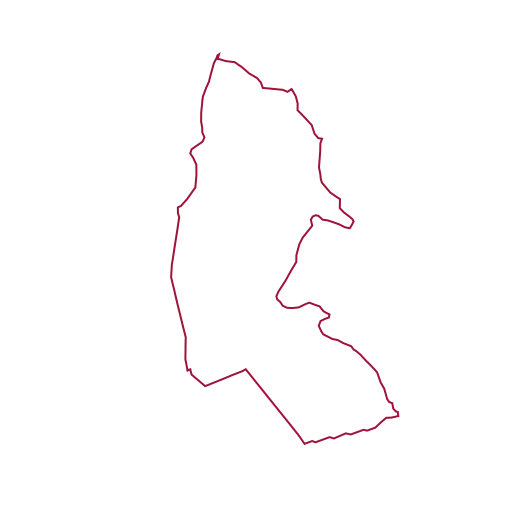 the district of Dilling, South Kordufan, Sudan, rotated 340°
{"feature_id": "16777658B83196806362289", "entity_name": "Dilling", "entity_type": "district", "adm_level": 2, "iso_a3": "SDN", "parent_name": "Sudan", "parent_adm1": "South Kordufan", "projection": "robinson", "projection_center": [29.551, 11.952], "detail": "fine", "context": "isolated", "style": "outline", "palette": "rose", "viewbox_px": 512, "rotation_deg": 340, "n_neighbors": 0, "source": "geoboundaries", "source_scale": "gbopen_adm2", "svg_char_len": 3029}
<svg xmlns="http://www.w3.org/2000/svg" viewBox="0 0 512 512"><g transform="rotate(340 256 256)"><path d="M258.9,91.3L258.2,92.8L257.2,95.0L254.8,99.9L253.4,102.9L250.4,111.0L249.3,117.2L247.8,121.6L248.1,126.9L245.3,129.9L244.3,130.4L243.4,130.7L236.4,132.5L232.0,133.7L229.3,137.1L230.2,140.8L230.4,141.6L230.6,142.4L230.6,143.1L231.2,149.7L227.7,159.6L222.4,170.9L210.5,179.1L207.1,180.9L206.7,181.1L202.5,183.3L199.2,183.6L197.3,189.0L197.1,193.4L193.8,199.3L191.8,203.1L191.0,204.6L190.5,205.4L189.2,207.8L184.0,217.2L176.2,231.4L173.9,235.5L169.0,246.9L168.3,252.7L167.4,261.2L167.1,263.1L165.8,274.1L163.2,298.1L162.2,308.2L160.0,313.9L158.8,317.0L157.8,319.8L154.5,328.4L154.1,330.0L154.0,331.0L153.4,334.9L152.5,339.8L152.8,339.8L152.7,340.3L152.8,340.3L153.1,340.3L154.8,340.0L155.5,340.0L155.4,340.7L154.9,345.3L155.1,345.8L163.5,360.5L163.7,360.9L166.8,360.8L172.7,360.6L189.0,360.0L192.7,359.8L202.0,359.6L204.0,359.5L206.5,359.1L207.6,358.9L207.8,359.5L209.7,365.1L210.5,367.4L213.1,375.2L215.0,380.6L219.2,393.2L219.5,394.0L224.2,407.8L227.6,417.8L231.9,430.5L233.9,436.6L234.3,437.5L234.5,438.3L235.0,440.0L235.1,440.3L236.0,443.8L236.4,445.4L236.7,446.5L237.2,448.4L237.3,448.8L237.4,449.1L240.4,449.1L245.5,449.1L248.2,451.4L263.3,451.4L266.7,454.1L279.2,453.4L279.8,453.4L283.9,456.1L297.6,456.1L300.7,458.1L308.7,458.1L309.3,458.1L317.8,454.5L322.7,452.7L323.0,452.6L328.1,454.2L334.5,455.0L335.0,455.1L335.9,451.0L334.2,449.9L332.8,446.4L333.7,440.9L331.1,438.6L330.3,435.1L330.8,429.2L331.1,424.2L329.9,417.6L330.0,406.8L328.6,403.1L326.0,397.2L323.5,391.9L320.4,384.5L317.9,380.0L315.7,377.2L314.6,373.3L311.5,370.6L308.1,367.6L303.9,362.8L299.5,360.2L295.5,355.9L292.4,352.6L291.6,349.4L291.1,343.1L294.1,339.6L294.4,339.2L299.1,338.7L303.0,338.7L303.4,338.7L305.1,336.0L302.8,333.7L300.6,331.1L299.5,328.1L298.6,325.1L294.9,322.2L290.2,318.1L286.5,318.1L278.7,318.9L272.5,317.4L267.5,315.3L264.1,311.9L263.0,307.3L261.1,304.1L261.4,300.8L264.8,297.2L275.3,289.3L283.9,281.8L291.8,275.4L294.3,268.9L300.8,259.7L306.3,254.6L319.2,246.8L320.0,240.6L322.8,238.3L323.0,238.3L325.9,238.1L328.3,239.5L331.1,244.7L335.4,247.0L339.9,250.5L344.9,254.6L349.4,259.4L353.6,262.0L354.2,261.6L356.7,259.5L357.2,259.1L359.5,256.9L359.3,254.6L357.3,250.9L353.6,245.3L351.1,239.7L354.4,231.2L352.9,229.3L350.6,226.2L347.5,221.8L345.2,215.6L343.0,209.5L343.2,206.2L343.2,205.9L344.4,201.2L345.5,194.3L350.8,182.5L352.0,179.9L355.1,172.0L358.2,168.4L357.5,168.0L354.8,166.5L352.8,161.1L352.9,159.2L353.1,152.0L347.3,138.3L346.1,135.8L344.9,133.2L347.3,127.0L348.0,119.6L346.8,112.4L346.6,111.6L345.9,111.8L345.8,111.4L343.0,112.2L341.8,112.5L341.6,112.4L338.0,109.0L331.5,105.9L319.9,100.4L319.9,94.6L317.8,89.1L312.0,82.1L307.2,73.5L302.1,66.4L300.6,65.7L294.2,62.5L288.0,57.8L287.8,58.0L287.2,57.6L287.5,57.5L290.2,53.9L288.4,54.3L287.2,55.8L286.4,56.7L282.3,60.5L273.1,73.5L271.6,75.9L268.4,79.2L266.7,80.9L260.4,88.3L259.4,90.6L259.2,90.6L258.9,91.3L258.9,91.3Z" fill="none" stroke="#9f1239" stroke-width="2"/></g></svg>